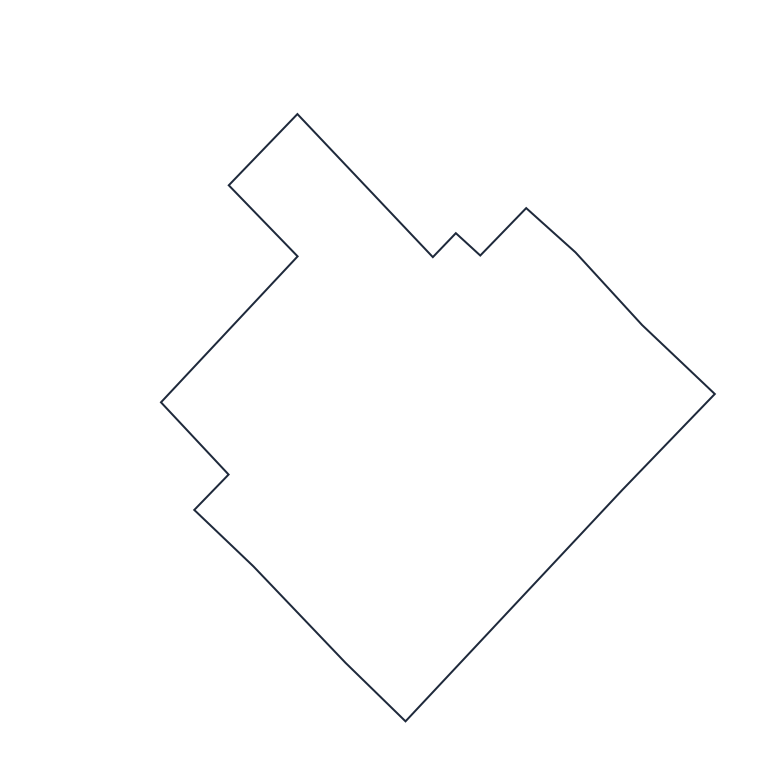 Fayette, Alabama, United States of America, rotated 224°
{"feature_id": "52423323B79974581250794", "entity_name": "Fayette", "entity_type": "district", "adm_level": 2, "iso_a3": "USA", "parent_name": "United States of America", "parent_adm1": "Alabama", "projection": "mercator", "projection_center": [-87.706, 33.72], "detail": "fine", "context": "isolated", "style": "outline", "palette": "slate", "viewbox_px": 768, "rotation_deg": 224, "n_neighbors": 0, "source": "geoboundaries", "source_scale": "gbopen_adm2", "svg_char_len": 394}
<svg xmlns="http://www.w3.org/2000/svg" viewBox="0 0 768 768"><g transform="rotate(224 384 384)"><path d="M134.2,156.3L139.0,473.5L139.1,606.6L239.3,605.7L337.7,611.7L384.2,610.0L403.9,609.3L404.0,543.3L437.1,542.4L437.0,509.2L633.8,518.0L633.7,419.1L534.8,415.8L531.7,215.9L432.9,210.9L433.0,161.6L351.2,162.1L217.9,156.7L134.2,156.3Z" fill="none" stroke="#1e293b" stroke-width="2"/></g></svg>